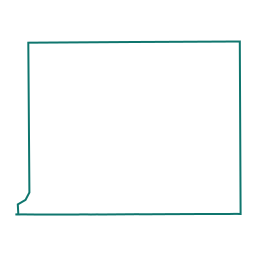 outline of St. Joseph, Michigan, United States of America
{"feature_id": "52423323B59966330361509", "entity_name": "St. Joseph", "entity_type": "district", "adm_level": 2, "iso_a3": "USA", "parent_name": "United States of America", "parent_adm1": "Michigan", "projection": "robinson", "projection_center": [-85.583, 41.915], "detail": "fine", "context": "isolated", "style": "outline", "palette": "teal", "viewbox_px": 256, "rotation_deg": 0, "n_neighbors": 0, "source": "geoboundaries", "source_scale": "gbopen_adm2", "svg_char_len": 499}
<svg xmlns="http://www.w3.org/2000/svg" viewBox="0 0 256 256"><path d="M28.3,42.7L29.4,192.5L25.5,199.9L17.8,204.4L18.3,214.2L15.4,214.5L22.7,214.4L23.2,214.4L33.8,214.5L34.0,214.5L45.5,214.5L74.7,214.5L78.8,214.5L80.2,214.4L86.9,214.4L90.4,214.5L91.5,214.5L98.0,214.4L98.3,214.5L138.6,214.2L139.6,214.3L177.3,214.1L179.5,214.1L201.4,214.0L214.5,214.0L223.3,214.0L228.9,214.0L233.4,213.9L237.8,213.9L240.6,214.0L239.8,41.5L133.6,42.0L28.3,42.7Z" fill="none" stroke="#0f766e" stroke-width="2"/></svg>